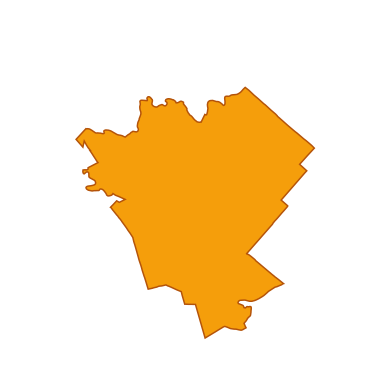 Milcovul, Vrancea, Romania (orthographic projection), rotated 212°
{"feature_id": "2599482B789818779685", "entity_name": "Milcovul", "entity_type": "district", "adm_level": 2, "iso_a3": "ROU", "parent_name": "Romania", "parent_adm1": "Vrancea", "projection": "orthographic", "projection_center": [27.261, 45.644], "detail": "fine", "context": "isolated", "style": "filled", "palette": "amber", "viewbox_px": 384, "rotation_deg": 212, "n_neighbors": 0, "source": "geoboundaries", "source_scale": "gbopen_adm2", "svg_char_len": 6056}
<svg xmlns="http://www.w3.org/2000/svg" viewBox="0 0 384 384"><g transform="rotate(212 192 192)"><path d="M271.0,213.5L271.4,213.3L274.2,212.2L274.5,211.7L274.7,211.1L275.1,210.5L275.3,210.0L275.5,209.0L275.6,208.5L276.6,206.6L277.1,205.1L277.4,204.3L277.5,203.8L277.7,203.3L278.5,203.0L281.2,202.7L283.0,202.1L284.3,201.5L285.8,201.1L286.3,201.0L287.6,201.0L289.6,200.9L293.0,200.8L294.4,200.5L295.7,200.1L297.1,199.4L298.2,198.7L298.6,198.2L298.9,197.8L299.1,197.4L299.0,197.1L298.8,196.6L298.1,195.9L297.7,195.6L297.7,195.3L297.7,195.0L297.9,194.7L298.2,194.4L298.6,194.2L300.4,193.5L300.8,193.4L301.3,193.1L303.1,192.2L304.6,191.2L305.5,191.0L306.7,191.1L307.5,191.1L309.1,191.2L311.4,191.2L312.7,191.0L313.1,190.8L314.2,190.3L314.9,189.7L315.2,189.5L315.5,189.5L318.2,175.2L308.3,172.2L310.4,178.1L306.2,175.8L303.5,174.5L300.3,173.4L300.6,173.1L297.0,171.5L294.5,170.3L292.1,169.2L289.2,167.8L287.3,167.1L293.0,157.6L292.7,157.1L292.3,156.3L292.6,155.4L293.0,155.0L295.0,153.8L296.1,152.9L295.4,151.5L294.6,150.6L293.7,150.1L293.0,150.3L292.2,152.8L291.9,153.3L291.4,153.6L290.9,153.7L290.4,153.7L289.7,153.4L289.2,152.9L288.5,151.8L288.1,151.2L287.7,150.6L287.3,150.2L286.8,150.0L285.3,149.9L284.3,150.0L281.1,150.2L280.3,150.1L279.7,149.8L279.2,149.3L278.7,148.9L278.4,148.3L278.2,147.7L278.3,147.0L278.6,146.3L279.9,144.8L281.3,143.5L283.3,141.9L284.0,141.0L284.3,140.3L284.3,139.8L284.1,139.4L283.6,139.0L283.1,138.7L282.6,138.6L282.0,138.6L281.2,138.6L280.6,138.7L277.9,139.7L277.2,140.0L275.7,141.3L275.0,141.7L272.4,143.5L272.0,143.7L271.7,144.1L271.6,144.5L271.6,145.3L271.4,145.9L271.0,146.2L270.0,146.6L268.9,146.7L267.6,146.5L265.1,145.6L263.8,145.0L262.9,144.3L262.6,144.2L261.8,144.1L261.4,144.1L261.0,144.3L260.5,144.6L259.9,145.1L259.0,146.1L258.6,146.6L258.3,147.3L258.2,147.9L258.2,148.8L255.2,148.7L252.1,149.3L244.8,150.3L245.9,148.4L248.2,144.7L251.2,144.6L252.3,139.0L252.9,136.4L253.0,135.8L252.4,135.8L249.9,134.8L244.7,133.0L243.6,132.6L242.6,132.4L241.4,131.9L240.3,131.4L238.8,131.0L236.4,130.1L235.9,129.8L228.5,126.8L226.0,125.6L222.8,124.3L218.1,122.1L216.0,120.0L215.0,119.0L212.4,116.8L209.6,114.3L202.8,108.1L202.1,107.4L200.3,105.8L196.5,102.7L194.6,101.0L192.8,99.3L188.1,95.3L186.8,94.3L183.3,91.3L180.7,89.0L177.7,86.4L174.6,89.4L173.7,90.5L172.4,91.8L171.5,92.7L170.3,94.4L169.6,95.0L167.8,96.4L164.8,99.4L162.8,99.5L162.4,99.7L159.3,100.2L152.9,101.0L150.1,101.5L149.0,101.7L148.3,101.8L145.4,99.0L138.7,93.0L136.9,94.1L135.4,94.9L133.7,96.0L129.5,98.5L103.5,75.1L94.0,94.0L93.2,95.2L92.7,95.5L90.6,96.0L86.9,96.6L85.3,97.3L83.5,98.1L82.0,99.0L80.6,99.5L79.1,100.0L77.2,100.8L76.7,101.2L76.1,102.0L74.2,105.5L75.9,106.5L76.7,107.1L78.3,108.2L78.0,110.1L77.8,111.3L77.8,113.0L77.9,114.1L77.8,114.9L77.6,115.5L77.5,116.2L77.1,117.3L77.0,118.0L77.1,118.6L78.2,121.1L79.4,123.3L79.6,123.8L79.8,124.3L80.5,125.2L80.7,125.6L81.3,125.9L81.8,125.8L82.3,125.5L82.9,124.9L83.4,124.5L84.6,124.0L84.9,123.4L85.1,122.5L85.3,122.0L86.6,121.5L87.4,122.2L88.1,122.6L88.6,122.8L89.8,122.7L93.4,122.0L93.7,122.1L94.0,122.2L94.3,122.5L94.5,122.9L94.5,123.3L94.5,123.8L94.4,124.8L94.1,125.3L93.3,126.0L90.5,128.0L89.6,128.5L85.7,129.7L85.0,130.0L83.4,131.0L81.5,133.0L80.5,134.3L78.8,137.0L77.0,140.5L76.2,142.3L75.6,144.2L74.9,146.6L74.5,148.2L72.2,153.1L71.1,155.4L69.8,156.7L68.7,158.3L66.8,160.9L66.4,162.1L65.8,162.8L72.2,163.6L74.6,163.8L75.1,163.9L76.1,163.9L77.8,164.2L80.5,164.5L101.5,167.5L102.8,168.0L104.8,168.3L108.0,168.7L110.4,168.9L111.0,168.9L112.4,168.5L113.0,168.7L106.7,207.3L106.7,207.8L106.8,208.4L106.4,211.5L106.0,213.4L105.7,215.1L105.0,219.7L104.7,221.8L104.0,225.8L103.4,229.7L103.3,230.5L103.5,231.0L112.1,232.4L106.4,268.3L105.9,270.8L115.4,272.5L113.4,284.0L111.5,294.0L115.2,294.9L119.0,295.5L122.4,296.0L125.5,296.3L134.0,297.6L136.4,297.8L146.0,299.2L151.8,300.2L155.4,300.8L159.7,301.5L160.1,301.8L160.5,301.9L162.5,302.4L168.5,303.3L175.9,304.7L178.1,304.9L185.3,306.2L190.8,307.0L197.6,308.4L202.3,308.9L202.5,308.3L202.8,307.0L203.0,306.2L203.4,303.6L203.7,302.3L204.4,300.6L204.9,299.8L205.4,298.8L206.7,297.7L209.1,295.9L210.0,295.1L210.4,294.5L210.6,294.1L210.8,293.5L211.5,292.7L212.7,291.9L213.0,291.9L213.5,291.5L214.3,290.7L214.4,289.8L213.9,288.7L212.0,286.3L210.8,284.3L210.6,283.4L210.6,282.9L210.9,282.4L211.2,282.1L211.6,282.1L212.4,282.4L214.6,282.7L215.8,282.8L216.9,282.7L217.4,282.6L218.1,282.3L219.3,281.6L223.0,280.6L223.7,280.1L224.8,279.3L225.4,278.7L226.0,277.4L225.9,276.0L225.2,274.2L223.9,272.5L222.9,271.5L221.4,268.2L220.8,266.4L220.6,265.2L221.1,264.7L222.2,264.6L221.3,256.3L221.5,256.3L221.5,256.2L221.9,255.6L222.3,255.3L222.8,255.0L223.9,254.5L224.3,254.4L224.9,254.2L226.2,254.4L228.1,254.6L232.3,256.0L233.9,256.2L234.8,256.1L236.1,256.8L236.8,257.0L237.5,257.3L238.7,258.1L239.8,258.7L239.9,258.8L240.2,259.6L240.4,259.9L240.7,260.2L241.7,260.6L243.0,261.2L243.5,261.3L245.5,262.0L245.8,262.1L246.8,263.6L247.3,263.6L248.8,263.4L249.1,263.3L249.5,263.1L250.1,262.5L250.2,262.1L250.7,261.3L251.4,260.2L252.5,259.3L252.9,259.2L253.9,260.1L255.8,260.3L256.7,260.3L257.3,260.0L258.8,259.7L260.0,259.3L261.1,258.8L261.7,258.4L262.6,257.4L262.9,256.9L263.1,256.5L263.0,255.7L262.9,255.3L262.7,255.1L262.4,254.8L262.1,254.8L261.1,254.8L260.5,254.4L259.9,253.6L259.8,252.6L259.9,251.6L260.4,250.8L261.2,250.4L262.7,250.4L263.4,250.4L264.0,250.1L264.9,249.0L265.5,248.2L266.0,247.4L266.3,246.4L266.8,245.5L268.0,244.8L269.5,244.4L271.1,244.5L271.6,244.7L272.4,245.1L272.9,245.9L273.2,246.6L273.8,248.2L274.2,248.8L274.6,249.2L277.0,250.0L277.4,250.1L278.6,250.1L279.6,249.6L279.9,249.0L280.0,248.2L279.9,247.6L278.9,246.7L278.4,246.0L278.5,245.7L279.6,245.1L281.2,244.3L283.1,243.3L283.8,242.8L284.2,242.2L284.2,241.3L282.4,239.1L282.0,238.2L281.7,237.1L281.2,236.2L279.9,234.5L278.7,233.4L278.0,232.9L277.5,232.3L276.7,231.1L276.1,228.8L275.7,226.5L275.2,225.4L275.0,224.1L274.8,222.6L274.4,221.4L273.8,220.0L273.4,219.1L272.7,218.2L271.7,217.6L271.0,217.1L270.4,216.2L270.2,214.9L270.5,214.2L271.0,213.5Z" fill="#f59e0b" stroke="#b45309" stroke-width="1.5"/></g></svg>